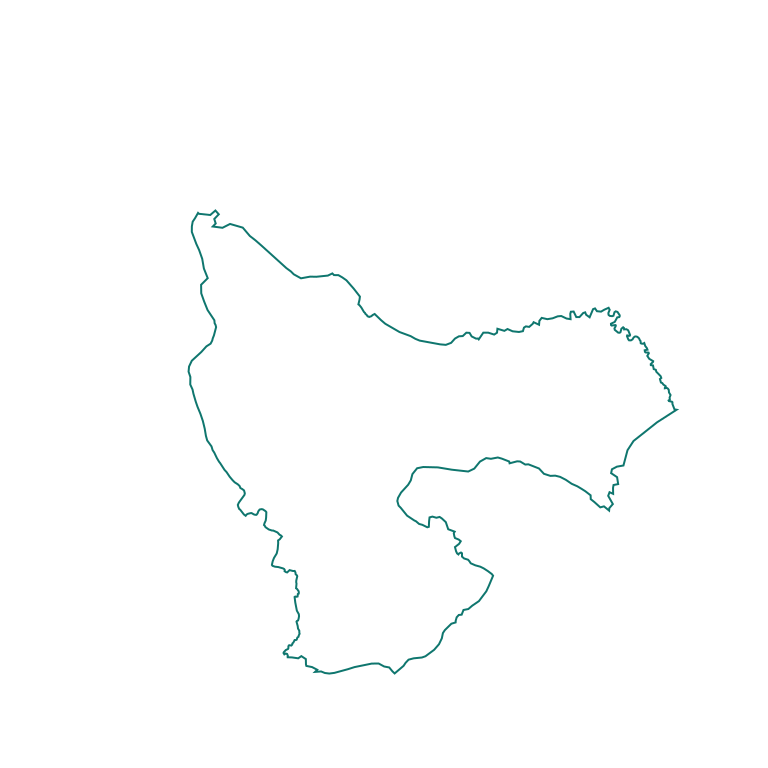 Kankan, Kankan, Guinea, rotated 325°
{"feature_id": "49546643B29721322070698", "entity_name": "Kankan", "entity_type": "district", "adm_level": 2, "iso_a3": "GIN", "parent_name": "Guinea", "parent_adm1": "Kankan", "projection": "robinson", "projection_center": [-9.056, 10.226], "detail": "fine", "context": "isolated", "style": "outline", "palette": "teal", "viewbox_px": 768, "rotation_deg": 325, "n_neighbors": 0, "source": "geoboundaries", "source_scale": "gbopen_adm2", "svg_char_len": 6166}
<svg xmlns="http://www.w3.org/2000/svg" viewBox="0 0 768 768"><g transform="rotate(325 384 384)"><path d="M608.9,572.9L607.4,571.4L608.8,565.8L609.8,564.4L609.7,563.7L607.6,561.4L607.7,560.7L609.2,560.7L610.2,558.9L612.4,557.4L612.6,554.4L613.9,552.1L613.9,550.7L613.4,549.4L611.6,548.6L612.0,548.1L613.2,547.9L613.5,547.3L612.5,544.7L612.5,542.9L611.7,541.6L612.9,538.2L614.6,538.1L615.1,536.3L614.1,530.1L614.8,528.3L613.5,526.5L615.0,523.1L613.4,521.6L613.9,520.7L617.1,520.2L617.6,519.7L615.7,515.5L615.8,512.0L618.6,510.7L618.7,510.0L616.4,508.2L616.2,507.3L616.9,505.9L619.5,507.0L619.9,505.4L619.8,502.7L620.7,499.7L619.3,499.6L618.1,498.6L617.7,497.9L618.8,495.9L618.7,494.8L619.1,492.9L618.6,490.7L617.6,489.5L616.6,489.0L615.1,489.1L613.2,490.0L611.3,489.9L609.8,488.8L609.7,487.6L610.5,484.1L611.1,483.7L612.3,485.1L613.1,485.4L613.7,485.0L614.7,480.7L614.7,479.6L613.9,478.1L612.0,477.0L612.7,475.8L612.4,474.7L610.2,474.9L607.4,477.2L606.5,477.2L605.3,476.3L604.1,472.0L604.7,470.6L606.7,469.7L607.5,468.9L607.3,468.4L604.0,466.7L603.8,465.9L604.5,464.8L608.6,465.5L613.3,463.2L615.0,464.1L615.7,463.9L616.5,462.9L616.6,458.9L615.5,457.4L614.0,457.4L611.1,459.7L609.8,459.3L608.1,457.8L607.6,456.4L608.0,455.3L608.7,454.4L611.4,452.7L611.7,450.4L607.1,449.5L603.3,449.2L600.2,446.5L600.2,443.1L598.2,442.6L590.7,447.3L589.3,443.2L589.9,440.7L587.9,440.1L582.5,441.3L579.9,439.5L580.9,433.4L578.5,432.0L576.8,433.4L574.0,437.9L571.1,435.1L568.2,430.0L565.1,428.2L559.8,426.9L555.0,424.6L551.1,420.3L547.5,421.4L545.0,424.4L542.0,419.2L540.4,420.0L535.7,420.5L533.3,418.2L531.0,418.1L528.1,420.4L524.4,418.8L519.6,414.6L516.7,409.8L513.1,409.5L508.6,403.8L506.0,406.8L502.6,406.7L498.8,401.7L494.8,398.9L487.2,401.8L487.1,400.7L485.4,399.6L483.1,395.3L483.4,391.2L480.9,389.2L476.0,389.9L472.7,387.9L468.2,387.5L462.6,388.8L457.1,387.4L452.7,383.7L438.1,368.9L435.6,365.0L433.3,360.1L426.5,350.3L419.6,335.4L418.2,330.0L416.5,321.3L414.3,321.0L412.5,321.2L410.3,320.6L410.2,320.1L409.4,319.2L409.4,317.4L409.0,315.8L409.2,314.9L408.9,313.5L409.3,308.3L409.1,305.3L408.7,304.1L412.4,300.8L414.4,298.6L413.9,288.6L412.7,277.5L411.0,272.8L409.1,268.7L405.5,266.1L405.1,263.8L400.2,263.0L390.0,257.3L385.1,253.7L376.6,249.8L373.0,242.4L372.3,238.4L370.5,233.1L363.0,200.3L361.1,192.6L359.0,185.8L358.0,174.9L349.7,164.6L341.3,163.4L334.1,156.8L338.2,156.0L339.6,151.5L346.0,150.2L345.4,145.2L338.6,145.9L330.0,138.4L329.8,137.2L324.3,139.8L320.4,141.3L317.0,144.7L313.8,149.2L310.6,161.6L309.4,168.2L306.9,177.2L302.7,186.1L300.3,196.2L291.1,197.8L286.3,204.9L284.0,213.2L281.9,222.2L281.6,234.5L280.1,237.1L279.9,239.0L279.1,241.1L272.5,246.7L269.9,248.4L268.2,249.9L265.1,251.5L260.1,251.3L252.7,253.0L239.9,254.7L234.3,257.9L231.0,261.8L229.4,267.2L225.0,273.3L224.0,278.7L222.3,282.7L219.7,290.4L218.2,295.6L216.5,303.2L214.4,310.4L211.5,317.8L208.4,324.3L206.8,328.8L206.9,336.2L205.7,339.8L205.6,342.9L204.6,348.9L204.3,353.0L204.4,354.8L204.1,362.9L204.5,365.9L204.4,371.5L204.8,376.0L205.3,378.9L206.7,382.3L207.2,384.7L206.7,386.9L207.6,388.7L208.3,390.9L207.3,393.7L206.1,394.8L197.1,397.9L194.9,399.2L194.2,401.0L193.7,403.3L194.1,404.4L194.4,410.5L195.1,412.6L196.7,412.1L198.2,412.3L200.7,413.3L201.5,413.8L202.6,416.2L203.5,417.3L204.5,418.0L206.2,417.5L208.0,416.2L210.1,415.5L211.8,416.2L212.8,417.1L214.0,420.1L214.1,421.5L210.9,425.7L208.8,428.0L206.4,429.4L204.8,430.7L205.0,432.0L204.8,433.3L206.2,437.1L208.2,439.8L209.2,440.5L211.6,444.5L212.0,447.5L212.9,449.5L212.7,450.1L212.8,450.4L209.5,451.4L207.5,451.4L206.1,453.6L202.1,458.4L198.9,461.3L194.1,463.4L191.1,465.4L188.4,467.9L188.4,469.0L189.9,471.1L192.4,473.3L195.5,477.1L196.1,478.3L196.0,479.5L195.2,480.3L195.8,481.9L196.6,482.8L199.9,482.3L202.2,485.0L203.6,485.9L203.4,487.5L202.5,489.2L202.9,490.8L202.7,491.7L199.4,494.7L198.4,496.0L197.8,497.4L194.8,500.9L195.2,502.0L195.2,504.8L194.6,506.0L193.9,506.8L193.0,506.6L191.3,508.5L190.3,508.1L189.4,507.2L188.6,507.2L186.0,512.1L182.6,519.7L182.2,523.7L181.2,525.5L179.5,527.2L178.0,528.4L176.6,528.2L176.0,528.5L174.5,532.7L173.3,535.0L173.1,537.5L171.8,539.5L171.6,540.2L169.9,541.1L169.0,542.0L167.6,542.0L165.9,543.3L164.9,543.2L163.9,542.5L161.5,543.8L160.1,544.0L159.4,544.8L158.1,545.1L156.5,543.6L155.9,543.6L155.0,544.3L154.2,545.5L153.4,546.0L150.9,545.6L148.2,546.2L147.4,546.7L147.3,548.3L148.9,548.4L149.8,549.6L149.4,551.3L148.8,552.4L147.7,552.1L151.8,555.2L156.4,559.5L160.2,559.5L162.2,564.5L159.2,569.0L158.7,570.4L162.7,574.6L165.4,579.8L162.4,580.3L167.6,583.4L169.8,586.8L173.1,589.8L177.7,592.2L190.8,596.9L197.5,599.0L213.6,606.0L219.3,609.9L222.1,615.5L225.7,619.2L226.1,624.2L226.7,627.2L238.4,626.1L241.7,624.8L246.0,623.9L250.9,625.7L258.2,629.8L261.8,630.8L272.6,630.5L279.8,628.7L285.5,625.5L289.4,621.8L292.7,620.5L301.7,619.0L305.9,620.4L307.0,619.0L309.7,616.8L312.8,616.1L315.3,617.5L319.5,614.7L324.0,616.7L329.1,616.2L337.2,616.3L348.9,612.5L353.9,609.6L363.4,603.6L363.3,601.5L361.8,596.9L359.9,592.2L358.1,588.9L354.8,584.9L352.2,580.6L352.3,578.3L352.1,576.2L349.5,572.8L348.9,570.1L350.8,567.4L350.4,566.2L348.2,565.9L347.2,566.3L346.7,564.7L347.1,562.4L348.6,558.3L353.9,558.0L356.7,556.8L356.0,554.3L353.8,550.9L354.3,549.0L355.6,546.2L357.2,545.5L353.3,539.8L355.4,532.6L354.3,527.4L353.3,524.8L350.2,523.6L347.6,520.4L344.8,519.4L342.2,522.3L338.8,526.7L337.3,526.2L334.6,521.3L332.5,518.8L331.4,514.6L330.6,513.3L327.4,505.1L326.7,495.0L326.2,492.0L327.8,487.5L330.2,485.3L335.7,482.7L346.0,480.4L350.7,478.3L355.6,474.1L362.8,472.0L368.5,474.5L380.3,483.2L390.4,493.1L402.8,504.0L409.4,505.1L418.1,502.6L425.2,503.3L428.7,506.6L435.1,509.5L437.7,512.7L442.1,519.3L441.4,521.0L448.7,523.7L451.1,525.6L453.5,531.0L456.2,532.6L462.5,542.1L463.5,549.3L467.6,554.7L471.7,557.3L475.0,561.1L478.0,566.8L480.5,573.4L483.7,578.7L485.7,583.2L487.4,587.3L489.4,593.7L487.3,596.9L488.6,601.3L490.4,609.1L494.0,610.4L495.8,616.8L497.4,614.9L502.6,613.6L503.5,604.2L506.7,602.0L508.7,605.4L512.0,600.5L514.1,598.4L518.4,600.3L521.5,594.0L518.9,587.3L521.8,584.6L527.4,585.3L533.4,588.1L545.5,577.9L555.7,573.8L585.6,572.0L608.9,572.9Z" fill="none" stroke="#0f766e" stroke-width="2"/></g></svg>